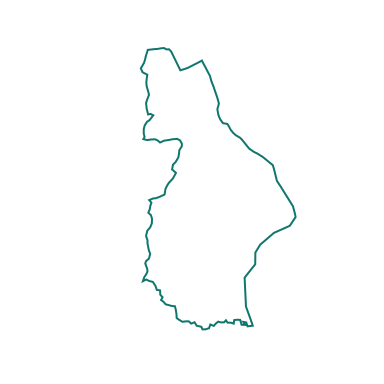 the district of Paulicéia, São Paulo, Brazil, rotated 153°
{"feature_id": "56859067B44376759807696", "entity_name": "Paulicéia", "entity_type": "district", "adm_level": 2, "iso_a3": "BRA", "parent_name": "Brazil", "parent_adm1": "São Paulo", "projection": "mercator", "projection_center": [-51.775, -21.212], "detail": "fine", "context": "isolated", "style": "outline", "palette": "teal", "viewbox_px": 384, "rotation_deg": 153, "n_neighbors": 0, "source": "geoboundaries", "source_scale": "gbopen_adm2", "svg_char_len": 2298}
<svg xmlns="http://www.w3.org/2000/svg" viewBox="0 0 384 384"><g transform="rotate(153 192 192)"><path d="M198.6,45.3L198.1,48.1L195.9,65.5L184.0,91.8L168.5,98.9L163.0,109.3L155.2,114.1L137.5,118.4L120.2,117.5L111.1,122.6L110.2,125.6L108.5,133.4L109.8,148.0L110.5,156.6L111.3,163.3L108.6,174.9L107.8,179.2L112.9,190.8L116.2,196.4L118.6,199.6L121.4,204.8L122.8,211.6L123.7,215.9L124.6,218.6L127.2,222.7L128.4,225.8L129.3,229.8L129.3,233.3L129.6,236.6L133.2,239.3L133.9,244.0L133.5,248.8L131.8,254.3L127.9,258.5L127.2,261.8L126.6,264.8L125.7,271.4L124.9,276.5L124.6,280.4L124.0,284.1L123.3,287.1L123.4,293.1L123.4,297.5L123.5,300.3L123.5,304.6L127.8,304.5L139.8,304.5L147.1,305.7L146.8,326.6L147.7,329.6L150.1,330.7L151.5,332.9L154.1,334.0L157.4,335.0L161.2,336.6L166.9,338.7L169.3,336.2L172.1,333.3L173.6,331.4L176.2,328.8L179.2,326.8L181.4,325.5L181.7,321.1L178.6,316.8L181.0,313.4L183.1,310.1L184.4,306.7L185.3,302.0L186.1,298.2L190.1,294.6L192.5,292.2L194.5,287.0L195.9,281.0L193.5,280.4L191.7,277.9L197.2,275.3L200.2,275.0L203.9,272.8L206.4,270.0L208.5,265.9L209.2,262.7L211.3,261.2L208.2,258.5L205.2,257.6L200.9,255.7L199.1,253.3L198.0,250.6L193.5,250.4L189.8,249.1L185.3,247.8L181.0,246.0L179.2,243.4L179.1,239.5L180.4,237.3L184.3,235.0L185.8,232.6L188.3,229.2L190.5,227.7L193.1,226.1L196.5,225.0L199.5,221.1L197.6,216.3L202.9,212.7L208.1,210.8L210.7,209.4L214.1,206.9L217.6,202.2L223.1,202.4L227.2,202.9L229.5,203.9L233.8,204.2L233.0,200.9L235.4,198.6L237.3,196.0L240.3,193.4L239.1,190.0L239.7,186.5L242.0,182.3L245.3,179.5L249.4,177.8L252.9,173.7L253.6,169.1L255.0,166.4L255.8,163.5L257.0,159.3L257.3,155.9L260.6,152.2L264.3,151.3L266.1,149.5L266.8,143.8L267.8,141.3L270.0,139.6L273.3,137.7L276.2,134.8L272.5,134.8L270.4,132.0L267.7,129.7L267.2,124.9L267.8,120.8L265.1,118.8L266.9,114.9L266.0,111.6L268.6,109.8L267.2,107.0L266.5,103.9L263.9,101.6L261.7,99.6L259.1,97.9L259.9,94.4L261.2,90.5L262.9,86.6L261.6,84.2L259.5,80.7L256.1,79.5L253.6,78.2L252.5,75.1L248.9,74.8L248.5,70.7L244.9,67.7L245.0,64.8L242.3,63.5L238.7,62.9L235.8,65.6L233.4,62.8L230.5,64.0L227.5,64.6L225.3,62.6L222.5,61.3L220.0,62.3L219.6,59.4L216.8,58.0L214.6,55.8L212.5,58.7L209.6,57.6L207.2,56.2L208.1,51.2L205.1,49.5L205.3,53.0L202.9,51.2L203.5,47.1L198.6,45.3Z" fill="none" stroke="#0f766e" stroke-width="2"/></g></svg>